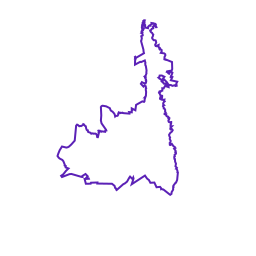 Socoltenango, Chiapas, Mexico (Albers equal-area conic projection), rotated 235°
{"feature_id": "50627088B25618251914079", "entity_name": "Socoltenango", "entity_type": "district", "adm_level": 2, "iso_a3": "MEX", "parent_name": "Mexico", "parent_adm1": "Chiapas", "projection": "albers", "projection_center": [-92.326, 16.102], "detail": "fine", "context": "isolated", "style": "outline", "palette": "violet", "viewbox_px": 256, "rotation_deg": 235, "n_neighbors": 0, "source": "geoboundaries", "source_scale": "gbopen_adm2", "svg_char_len": 5993}
<svg xmlns="http://www.w3.org/2000/svg" viewBox="0 0 256 256"><g transform="rotate(235 128 128)"><path d="M195.6,191.5L193.7,190.9L192.0,189.1L191.8,188.6L183.4,185.6L181.5,184.5L180.1,184.0L180.9,174.7L182.2,174.8L182.2,174.4L181.3,174.1L180.7,173.4L180.2,173.8L179.1,172.4L175.9,170.1L175.2,176.0L174.5,176.5L173.7,180.5L171.3,179.6L171.0,179.1L169.3,178.2L168.6,178.2L164.5,176.2L163.0,174.9L162.2,174.5L160.8,172.5L160.7,171.3L160.3,171.5L160.2,171.9L159.7,171.8L159.6,171.3L159.8,170.9L159.6,170.8L158.8,171.1L158.4,170.6L157.5,170.6L156.9,170.0L156.6,170.2L156.0,169.9L155.0,168.9L155.2,168.7L154.5,167.8L155.9,166.6L157.6,165.7L156.8,163.9L153.1,164.4L153.5,165.8L152.0,166.5L150.5,165.5L150.6,165.8L150.2,165.7L150.2,165.4L149.1,164.5L147.1,163.5L144.0,161.0L143.7,160.0L143.6,160.3L141.8,158.0L140.4,156.8L140.2,156.1L141.6,155.0L142.3,147.9L138.3,144.2L141.9,142.3L140.6,141.4L140.2,141.8L139.8,140.8L138.7,140.1L140.3,138.2L139.5,138.1L138.9,137.5L142.7,132.9L143.5,132.4L143.4,132.2L144.8,130.6L144.6,130.3L144.8,130.0L146.1,129.4L145.4,128.2L144.6,127.8L144.0,126.4L144.9,124.9L144.8,124.1L146.5,124.8L147.7,125.0L150.4,124.7L151.5,124.1L153.0,124.0L154.6,124.5L158.2,122.6L160.8,120.0L161.1,118.9L160.7,117.8L153.6,113.3L149.7,110.1L147.0,109.0L139.2,109.0L138.4,108.8L138.8,107.8L138.0,107.1L141.3,103.5L140.9,103.4L141.9,102.4L142.2,102.4L141.8,102.9L142.1,103.1L142.6,102.5L142.4,102.3L141.7,102.3L141.5,101.5L140.8,101.5L139.7,100.2L140.6,99.9L139.3,99.8L137.2,97.4L138.0,97.9L138.3,97.6L140.4,98.5L141.3,98.5L142.3,97.9L143.0,96.6L143.8,96.1L144.4,94.6L145.5,94.6L147.6,93.1L149.1,93.7L149.3,93.3L150.1,93.1L151.7,93.5L153.6,94.4L154.3,94.0L156.4,93.9L156.8,93.6L156.3,93.0L156.5,90.6L157.2,89.9L157.4,89.1L159.5,88.6L160.0,88.2L159.6,86.8L148.2,77.1L147.0,72.0L146.6,68.8L146.8,67.6L147.3,66.3L150.7,63.3L149.0,59.3L147.0,56.2L145.5,54.2L143.5,54.2L142.2,54.5L139.5,55.9L137.8,56.0L133.6,55.0L133.5,54.7L132.5,55.2L132.1,54.5L131.5,54.3L129.0,56.0L128.5,52.8L127.2,48.4L127.2,45.8L125.7,45.8L123.8,53.5L122.8,55.3L114.7,61.8L114.0,62.6L114.9,63.1L114.7,66.8L111.6,67.3L111.1,65.1L109.3,66.9L108.9,66.8L111.1,63.2L106.5,61.5L103.8,65.5L104.4,66.3L100.9,71.7L100.1,71.0L91.5,82.9L88.3,83.8L86.3,83.1L85.4,83.5L84.8,83.4L84.3,83.0L83.7,83.1L84.7,92.1L84.4,93.3L84.6,96.4L86.6,100.6L87.0,101.8L83.5,102.4L84.4,103.9L83.5,103.6L79.8,98.8L79.3,114.6L75.6,114.6L73.4,115.3L70.3,114.9L68.2,118.3L63.1,117.4L61.4,120.5L59.8,120.6L59.1,120.2L59.1,120.6L58.0,120.9L57.4,121.7L49.1,124.2L49.1,125.8L50.4,126.9L51.6,129.6L53.3,130.8L53.5,131.5L54.4,131.6L54.8,132.3L55.9,135.6L55.7,136.0L57.3,138.5L62.9,143.3L63.5,143.1L64.0,143.7L65.1,144.1L66.6,144.4L67.0,144.1L67.3,145.2L69.4,144.9L71.2,146.8L73.4,147.3L75.6,148.6L76.0,148.3L77.2,148.9L77.9,149.4L78.0,150.2L79.2,150.6L79.4,151.3L79.4,152.3L79.6,152.6L79.9,152.5L80.6,153.3L81.1,152.9L82.2,154.0L84.6,153.9L84.5,155.2L85.1,155.0L85.5,155.4L87.2,154.8L89.7,154.8L89.7,153.1L89.9,152.7L90.2,152.6L90.4,152.7L90.5,154.0L91.8,153.6L92.2,154.8L93.0,155.6L94.9,155.8L95.6,156.3L96.0,157.0L97.9,157.3L98.9,157.8L99.7,159.7L99.9,161.9L100.6,163.4L102.2,163.3L102.5,163.1L102.4,162.2L103.0,162.1L104.0,163.2L104.5,164.0L104.0,164.1L104.2,165.0L104.9,163.9L105.2,163.9L106.2,164.7L106.6,165.6L106.9,165.9L107.7,165.8L107.8,166.6L108.1,166.8L108.9,165.3L109.6,164.9L110.7,165.2L111.2,165.6L111.3,166.4L111.8,166.9L113.0,166.6L114.1,167.2L114.5,166.9L114.1,167.3L114.7,167.2L115.3,166.5L116.1,166.4L116.9,166.7L117.2,167.1L118.0,166.1L118.5,165.9L118.8,166.2L118.3,167.0L118.8,167.7L120.4,167.9L121.4,168.8L122.9,169.0L123.5,168.5L124.2,169.0L125.9,169.2L126.3,170.0L126.1,170.6L127.1,170.4L128.1,171.0L128.8,172.5L128.8,173.3L129.6,173.2L130.4,174.1L131.2,172.5L132.2,171.6L132.8,171.6L133.4,171.0L133.9,171.2L134.9,172.5L134.4,173.0L134.6,173.4L134.4,173.5L134.0,173.0L133.4,173.3L134.1,174.0L134.7,174.2L134.2,175.1L135.2,173.9L136.8,173.3L137.8,173.7L138.5,173.6L138.8,174.7L139.5,174.1L139.9,174.8L138.9,177.5L140.9,178.9L140.0,179.9L141.2,182.5L138.2,184.7L139.0,185.1L141.6,183.8L141.9,184.5L142.8,184.5L143.6,182.9L144.0,182.8L144.4,182.9L146.7,182.4L146.7,182.9L147.0,182.4L147.4,182.5L147.8,183.3L150.7,182.0L151.2,182.2L151.8,181.9L151.9,183.1L152.8,184.0L151.6,185.8L149.1,187.2L148.5,185.2L143.2,186.1L140.4,186.0L139.1,186.9L138.6,187.8L137.1,188.5L136.0,191.4L135.5,191.5L135.1,191.2L134.7,192.1L136.7,193.1L137.7,194.9L142.5,190.5L144.3,193.6L144.8,193.2L144.5,192.8L145.0,192.3L145.3,192.6L145.4,192.4L145.7,192.7L145.5,192.9L147.8,196.1L150.1,195.2L148.8,192.9L149.3,192.5L150.3,192.4L150.5,193.0L151.7,192.0L152.0,192.5L150.0,196.7L150.9,198.0L156.8,201.9L162.5,198.2L162.3,198.0L163.4,197.2L165.3,198.7L166.1,200.3L167.1,200.8L168.3,200.5L170.7,198.0L171.4,199.5L172.3,200.1L172.7,200.3L173.4,200.0L174.0,199.4L174.2,198.3L174.6,199.9L175.3,200.0L175.7,199.4L176.4,199.5L177.9,200.1L178.5,200.7L178.6,200.3L178.2,200.0L178.5,199.1L178.4,198.6L178.9,198.5L179.3,197.7L180.5,197.9L181.8,200.1L183.7,200.9L184.4,200.5L185.2,199.4L187.4,199.2L188.3,199.7L188.7,200.7L190.1,202.3L190.6,202.1L192.1,202.3L193.0,201.9L194.2,201.8L195.2,202.1L195.0,203.0L195.6,204.3L195.2,205.9L195.5,206.2L196.6,206.5L196.9,207.4L196.8,208.2L195.6,208.7L194.5,208.7L194.3,209.1L196.9,209.7L197.0,210.2L197.7,210.1L198.7,209.1L198.8,208.7L199.2,208.9L200.5,207.5L200.0,207.3L199.6,207.5L199.8,206.9L199.4,205.8L199.5,205.5L199.0,205.1L199.5,204.8L199.7,204.0L199.1,202.6L199.3,202.5L199.1,202.0L198.4,201.6L200.4,199.7L202.1,200.8L202.3,200.3L202.8,201.1L203.0,201.1L203.2,200.5L203.6,201.1L204.4,201.5L205.3,202.4L206.1,202.4L206.6,203.4L206.9,203.1L206.6,202.8L206.9,201.8L206.0,201.2L205.8,200.3L205.0,199.9L204.2,198.5L203.8,198.5L202.6,197.1L202.1,196.9L202.0,197.5L201.6,197.7L201.2,197.7L201.2,197.3L200.2,197.6L199.6,196.6L199.8,196.3L200.5,196.7L200.3,196.0L199.4,195.8L199.6,194.9L199.3,194.4L198.9,194.2L198.0,194.4L198.0,193.5L197.2,193.9L195.6,193.4L195.4,193.0L195.6,191.5Z" fill="none" stroke="#5b21b6" stroke-width="2"/></g></svg>